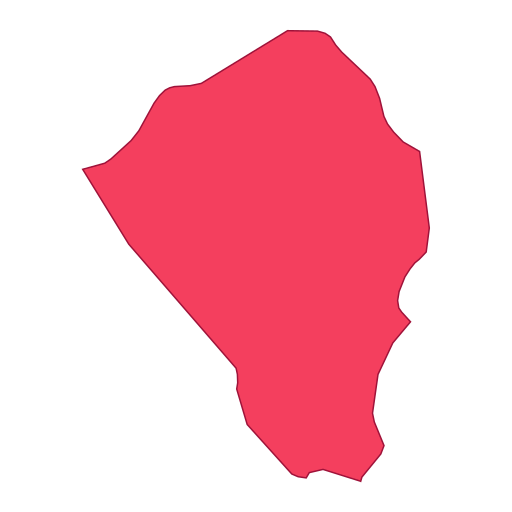 the District of Thyolo
{"feature_id": "MWI-1918", "entity_name": "Thyolo", "entity_type": "District", "adm_level": 1, "iso_a3": "MWI", "parent_name": "Malawi", "parent_adm1": "", "projection": "mercator", "projection_center": [35.176, -16.13], "detail": "fine", "context": "isolated", "style": "filled", "palette": "rose", "viewbox_px": 512, "rotation_deg": 0, "n_neighbors": 0, "source": "natural_earth", "source_scale": "10m", "svg_char_len": 824}
<svg xmlns="http://www.w3.org/2000/svg" viewBox="0 0 512 512"><path d="M410.5,321.8L392.8,342.9L378.0,374.4L372.5,413.2L374.3,422.0L384.0,445.6L380.8,454.0L361.9,477.1L360.7,481.3L360.5,481.2L323.0,469.4L309.3,472.6L306.2,477.9L298.1,476.7L291.8,474.0L247.2,424.5L236.7,389.0L237.7,382.8L237.4,374.3L236.1,368.2L128.8,244.2L82.7,169.3L104.8,163.2L110.9,159.0L131.1,140.6L138.9,130.7L154.1,103.1L159.6,95.5L165.2,90.1L169.7,87.8L174.4,86.6L190.1,85.7L201.3,83.4L287.5,30.7L317.5,31.1L325.1,33.3L330.5,37.0L335.7,45.1L341.7,52.1L370.2,79.1L375.0,86.6L379.6,98.4L383.9,116.4L387.5,124.0L393.7,132.2L403.2,142.0L419.6,151.5L429.3,228.0L426.2,252.0L419.3,259.2L414.8,262.9L410.1,268.8L404.9,276.9L399.1,291.5L397.6,300.6L398.8,308.0L401.7,312.2L410.3,321.6L410.5,321.8Z" fill="#f43f5e" stroke="#9f1239" stroke-width="1.5"/></svg>